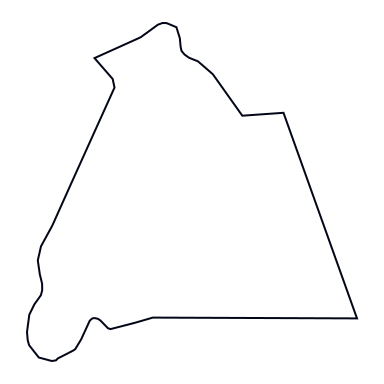 the Department of Granada
{"feature_id": "NIC-655", "entity_name": "Granada", "entity_type": "Department", "adm_level": 1, "iso_a3": "NIC", "parent_name": "Nicaragua", "parent_adm1": "", "projection": "mercator", "projection_center": [-85.973, 11.905], "detail": "fine", "context": "isolated", "style": "outline", "palette": "ink", "viewbox_px": 384, "rotation_deg": 0, "n_neighbors": 0, "source": "natural_earth", "source_scale": "10m", "svg_char_len": 740}
<svg xmlns="http://www.w3.org/2000/svg" viewBox="0 0 384 384"><path d="M176.4,27.2L179.8,38.1L180.6,46.6L181.5,50.9L184.5,54.5L189.1,57.8L197.9,61.3L212.9,74.3L242.3,115.7L283.5,112.8L357.0,318.4L152.8,317.6L134.9,322.8L110.5,329.1L107.9,328.2L102.5,322.6L100.3,320.4L97.9,318.8L95.2,318.2L94.2,318.1L92.9,318.2L91.3,319.2L89.7,320.8L81.2,339.3L75.2,349.2L73.1,350.6L57.9,358.4L55.9,360.4L51.8,361.0L38.8,357.5L29.1,345.2L27.7,340.1L27.0,332.0L29.3,314.7L34.4,304.3L40.9,295.2L42.2,290.3L42.1,283.7L39.8,274.2L37.8,260.4L41.0,246.3L52.2,225.8L54.9,219.8L65.4,196.4L70.6,184.8L72.5,180.6L92.3,136.7L114.5,87.6L112.7,79.0L94.5,58.1L140.6,37.3L157.9,24.7L162.5,23.0L166.6,23.1L176.4,27.2Z" fill="none" stroke="#020617" stroke-width="2"/></svg>